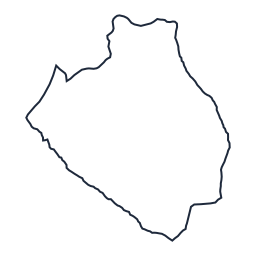 Icaraíma, Paraná, Brazil (Mercator projection)
{"feature_id": "56859067B39036431540148", "entity_name": "Icaraíma", "entity_type": "district", "adm_level": 2, "iso_a3": "BRA", "parent_name": "Brazil", "parent_adm1": "Paraná", "projection": "mercator", "projection_center": [-53.582, -23.373], "detail": "fine", "context": "isolated", "style": "outline", "palette": "slate", "viewbox_px": 256, "rotation_deg": 0, "n_neighbors": 0, "source": "geoboundaries", "source_scale": "gbopen_adm2", "svg_char_len": 2416}
<svg xmlns="http://www.w3.org/2000/svg" viewBox="0 0 256 256"><path d="M157.3,19.0L153.6,21.8L150.7,23.4L140.9,25.9L134.4,24.4L131.4,22.8L128.3,19.0L126.8,17.8L123.9,16.4L119.5,15.4L117.2,15.8L115.3,17.1L113.5,19.0L112.6,21.5L113.6,28.5L112.8,30.9L111.5,32.5L107.3,35.7L107.6,38.7L109.4,41.2L108.4,46.6L110.8,53.8L110.1,57.3L107.4,58.7L105.6,60.1L103.9,62.3L98.7,67.2L96.6,68.3L93.7,68.8L88.9,68.4L86.8,68.6L81.9,69.7L74.3,75.1L70.5,78.7L66.7,81.1L66.0,75.1L65.1,73.3L59.7,69.1L56.2,65.6L53.2,75.4L49.6,84.3L44.0,94.6L39.4,101.7L34.8,106.4L27.9,114.5L26.3,117.7L27.5,120.1L30.3,123.9L31.7,126.7L33.7,128.3L37.3,129.3L39.4,131.7L41.3,132.9L41.8,135.1L43.0,137.5L43.1,140.5L45.2,140.2L47.4,139.5L49.3,144.7L49.6,147.2L51.1,148.8L53.8,149.4L55.4,151.6L57.4,154.2L59.4,157.2L61.3,157.6L62.3,160.1L64.3,161.7L66.5,164.9L66.6,167.9L69.1,170.3L71.4,171.7L74.7,173.9L77.2,175.4L79.3,176.8L82.3,178.2L83.5,180.8L88.2,184.8L90.6,186.0L93.6,186.7L95.2,188.2L98.0,189.4L100.0,191.7L102.6,192.9L105.0,196.3L106.9,198.2L108.5,199.2L110.9,199.2L112.8,201.2L114.8,203.3L117.6,205.5L119.5,206.1L122.1,207.8L123.9,210.1L126.5,211.2L129.0,211.9L130.2,214.7L132.6,215.8L134.4,217.0L137.2,219.3L138.2,221.5L139.8,222.9L141.0,226.3L142.4,228.6L144.6,229.3L147.6,230.7L150.2,231.4L152.1,232.8L154.6,232.7L156.7,232.9L159.4,233.4L161.9,233.8L165.3,235.6L168.5,238.1L172.3,240.6L175.0,238.2L177.9,236.1L179.2,234.6L180.6,232.9L183.0,230.5L185.6,229.0L186.1,225.6L186.9,223.5L191.0,206.8L194.2,204.5L200.8,204.2L210.5,203.4L215.4,202.5L218.0,199.7L221.3,197.7L220.6,193.9L220.2,191.7L220.3,189.5L220.8,186.1L220.8,183.4L221.4,180.1L221.7,176.7L221.4,172.4L221.0,169.8L221.7,167.3L223.1,164.4L224.5,161.7L225.4,158.8L226.4,156.1L227.5,153.1L228.1,150.7L229.7,147.5L229.5,143.1L228.0,140.1L228.1,137.2L228.0,133.8L226.0,131.9L225.0,128.7L223.6,127.2L223.3,125.2L222.4,123.4L221.7,120.9L219.9,117.9L219.2,115.7L217.8,112.5L216.7,110.0L216.8,107.0L215.0,103.8L214.2,101.9L212.8,100.4L211.6,97.8L209.4,95.9L207.1,94.9L204.9,93.5L202.7,91.4L201.0,89.0L199.4,87.2L197.4,85.1L195.3,81.5L192.7,78.5L190.2,76.3L188.8,73.9L186.4,70.8L185.7,68.6L184.1,65.6L183.3,62.3L181.7,60.9L181.3,57.7L179.9,56.4L179.2,53.6L178.5,49.7L178.3,46.4L177.2,42.8L176.2,40.0L175.2,37.8L175.7,34.8L176.0,31.4L177.1,27.0L176.9,23.5L174.9,21.7L172.9,21.5L169.9,22.1L166.9,21.8L164.8,20.0L162.6,19.7L160.3,19.6L157.3,19.0Z" fill="none" stroke="#1e293b" stroke-width="2"/></svg>